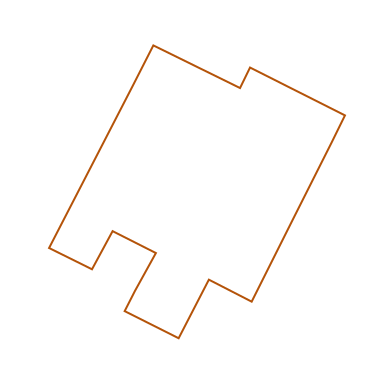 outline of Dent, Missouri, United States of America, rotated 116°
{"feature_id": "52423323B29389566845482", "entity_name": "Dent", "entity_type": "district", "adm_level": 2, "iso_a3": "USA", "parent_name": "United States of America", "parent_adm1": "Missouri", "projection": "equal_earth", "projection_center": [-91.456, 37.603], "detail": "fine", "context": "isolated", "style": "outline", "palette": "amber", "viewbox_px": 384, "rotation_deg": 116, "n_neighbors": 0, "source": "geoboundaries", "source_scale": "gbopen_adm2", "svg_char_len": 360}
<svg xmlns="http://www.w3.org/2000/svg" viewBox="0 0 384 384"><g transform="rotate(116 192 192)"><path d="M172.1,89.3L86.3,88.2L56.1,88.1L54.7,194.4L77.5,194.4L77.2,291.0L122.7,291.8L305.0,295.9L305.3,248.0L262.0,246.2L262.7,197.7L305.9,199.9L328.6,200.3L329.3,139.9L263.4,138.4L264.4,90.3L172.1,89.3Z" fill="none" stroke="#b45309" stroke-width="2"/></g></svg>